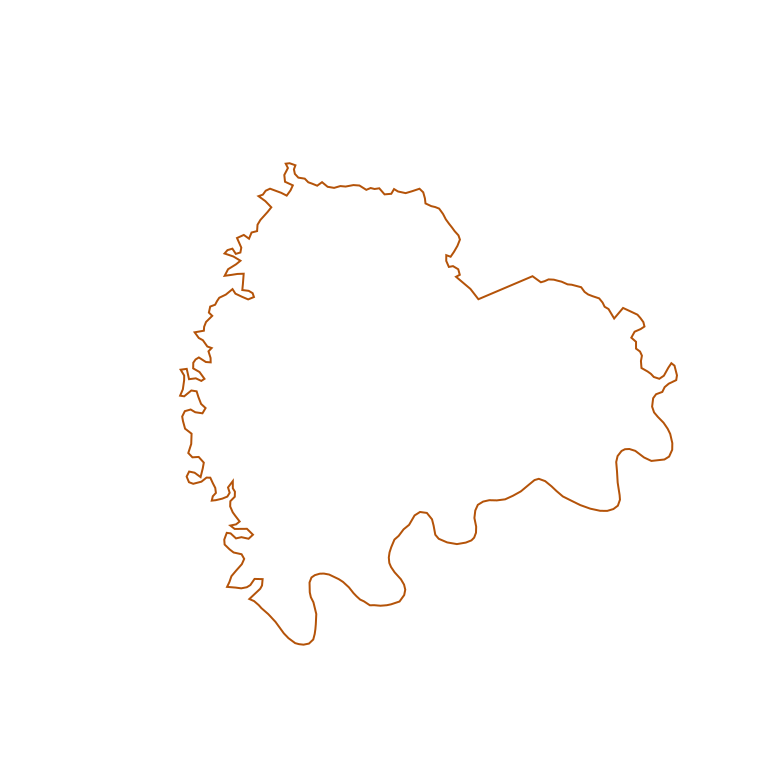 Quedas do Iguaçu, Paraná, Brazil, rotated 324°
{"feature_id": "56859067B83242561936103", "entity_name": "Quedas do Iguaçu", "entity_type": "district", "adm_level": 2, "iso_a3": "BRA", "parent_name": "Brazil", "parent_adm1": "Paraná", "projection": "mercator", "projection_center": [-52.976, -25.446], "detail": "fine", "context": "isolated", "style": "outline", "palette": "amber", "viewbox_px": 768, "rotation_deg": 324, "n_neighbors": 0, "source": "geoboundaries", "source_scale": "gbopen_adm2", "svg_char_len": 4606}
<svg xmlns="http://www.w3.org/2000/svg" viewBox="0 0 768 768"><g transform="rotate(324 384 384)"><path d="M227.9,252.9L227.3,259.7L224.5,263.5L218.1,270.1L212.2,273.6L215.1,276.5L224.3,276.0L228.1,279.8L226.2,285.4L224.3,292.6L225.5,298.6L219.9,301.0L214.7,295.9L212.6,291.0L206.9,288.9L201.6,291.7L199.6,295.8L196.8,303.2L199.1,311.1L192.8,319.2L185.1,324.8L185.9,330.7L191.2,334.1L192.0,341.7L187.8,345.7L180.9,351.5L178.6,344.4L174.9,340.3L169.9,342.9L168.5,348.8L171.0,352.6L178.9,355.7L185.4,355.4L188.4,357.7L187.2,363.7L186.4,368.9L184.0,373.3L179.5,374.2L176.1,377.1L179.6,379.1L185.8,381.7L191.1,383.0L195.2,381.3L197.0,376.0L204.6,373.7L200.4,379.5L200.1,383.5L197.0,387.5L190.8,388.5L187.6,392.6L186.2,398.9L186.2,403.1L186.4,410.4L181.8,410.6L176.5,408.2L178.0,413.5L188.0,420.6L189.4,428.9L183.5,429.6L178.6,424.1L173.5,421.9L172.1,414.7L169.3,412.0L163.3,416.0L160.7,420.2L161.9,427.1L163.3,431.9L168.7,438.0L168.1,443.3L163.1,446.2L154.5,448.1L147.6,449.8L142.6,453.3L137.8,455.9L144.2,461.4L148.4,465.4L153.6,467.8L157.7,468.1L164.7,465.6L171.1,470.5L166.9,475.3L163.5,476.9L148.7,478.8L151.3,483.3L152.7,489.3L153.1,493.4L155.1,502.1L156.4,512.7L156.4,526.8L157.3,533.4L159.8,541.4L162.3,544.5L165.7,547.6L170.7,549.9L176.6,549.1L181.0,545.5L184.4,542.0L187.6,538.3L194.0,530.3L198.6,519.1L199.5,513.5L201.5,508.9L207.1,500.8L211.6,497.9L215.7,498.0L220.5,499.7L223.9,502.0L227.6,505.9L232.7,515.3L234.5,520.0L236.1,527.9L236.4,535.2L237.0,539.6L238.0,544.4L240.0,548.0L242.5,554.7L246.2,557.3L250.8,561.3L256.2,564.6L260.2,566.4L268.7,569.1L276.3,566.6L280.3,562.9L282.3,558.1L282.9,551.9L281.9,542.5L282.1,536.3L283.1,531.9L285.9,527.2L289.5,523.5L293.9,520.3L301.0,516.0L306.6,515.5L314.4,513.1L321.5,512.7L331.5,508.3L337.9,508.7L342.9,513.5L343.3,521.7L340.9,527.7L336.9,536.1L337.3,541.4L342.0,549.3L348.9,556.4L357.0,560.4L362.8,561.9L366.6,561.3L371.0,558.4L374.7,553.6L378.4,545.5L383.5,540.0L388.9,536.9L395.1,537.4L400.9,539.9L406.9,544.5L414.2,548.5L422.6,550.2L431.6,551.3L442.3,550.6L449.3,550.2L453.5,551.7L457.3,557.3L459.4,565.3L460.6,571.8L462.6,580.1L466.8,588.2L471.6,597.3L477.6,606.1L484.4,613.7L490.1,617.9L496.1,620.0L501.7,619.9L506.9,616.3L509.3,612.4L513.3,604.6L515.1,601.1L521.3,591.4L526.0,583.6L530.6,579.6L536.8,577.8L540.6,578.4L544.3,580.8L548.0,585.8L551.2,596.3L555.1,603.4L566.5,609.9L572.0,610.3L578.5,606.6L582.5,601.3L586.2,592.6L587.2,586.9L587.4,579.6L586.2,571.5L585.8,565.7L587.6,559.9L593.4,553.7L598.1,552.2L604.5,554.0L609.2,551.5L614.5,551.1L622.7,552.6L626.1,549.2L629.8,539.9L628.7,536.1L623.7,537.9L615.3,541.8L609.8,541.6L606.4,536.9L605.9,532.7L604.6,528.8L601.7,522.4L605.4,516.4L609.3,512.7L610.2,508.2L608.7,503.5L612.7,498.0L611.3,491.9L617.5,489.0L623.9,490.4L628.5,490.6L630.2,486.4L630.2,481.3L629.8,476.9L624.9,468.0L622.1,463.0L608.7,466.3L609.7,455.3L607.9,451.2L608.7,446.6L608.4,441.2L604.4,435.6L601.8,431.6L600.4,427.4L600.4,421.6L594.2,414.0L591.1,411.3L587.8,405.6L585.2,402.5L582.7,399.4L578.6,396.1L574.3,395.2L570.7,393.9L567.5,384.1L510.2,370.9L509.8,357.9L505.3,339.6L509.5,340.2L511.5,334.8L509.1,329.2L505.3,327.4L506.7,321.0L510.1,316.4L512.7,320.2L518.3,318.2L524.6,315.4L530.3,311.8L531.6,307.5L531.0,301.9L531.0,297.6L530.8,292.6L530.8,287.1L531.7,281.1L531.7,274.5L529.4,270.9L526.8,267.9L523.7,262.3L526.2,257.9L528.4,252.0L527.5,246.9L519.9,244.5L513.7,242.3L508.5,236.5L506.7,232.2L501.7,234.4L495.9,230.9L495.2,222.9L491.0,220.7L488.4,217.6L483.8,216.5L480.8,209.0L476.2,205.1L469.0,201.7L465.0,198.2L458.9,196.0L454.3,191.3L452.5,184.3L446.5,184.3L443.5,179.5L441.3,176.3L440.6,171.3L436.0,166.7L435.4,161.6L437.3,157.4L440.9,155.0L437.4,149.9L434.0,148.0L433.2,152.8L426.2,156.3L422.8,162.2L427.0,169.7L422.2,172.4L416.0,174.4L413.2,168.9L406.6,159.0L401.9,158.1L397.3,159.6L392.9,158.3L395.5,166.3L396.7,174.8L390.9,176.4L380.5,178.6L375.3,180.8L371.2,185.7L365.9,183.6L360.2,187.1L358.2,181.0L350.9,179.5L348.7,189.8L345.1,193.2L340.6,191.6L340.9,185.4L336.1,183.7L331.7,184.7L337.1,192.3L340.3,199.9L334.6,200.2L325.3,199.5L318.7,202.8L324.8,206.1L330.1,208.8L335.3,212.3L328.5,220.3L324.6,224.7L329.3,229.1L331.1,233.3L329.9,237.2L323.8,235.7L320.4,230.0L316.9,223.6L317.2,218.2L308.6,218.7L301.4,217.4L297.6,218.8L294.0,220.6L288.9,219.2L284.3,223.3L285.1,227.9L276.5,229.2L272.1,232.0L269.6,235.0L261.2,230.9L261.2,237.9L263.2,242.1L263.1,249.8L265.7,253.6L261.2,254.4L259.0,261.0L256.5,264.6L252.8,261.5L249.8,253.7L246.0,253.4L242.2,254.7L238.8,259.2L241.8,265.9L241.8,274.3L238.0,274.1L235.1,268.8L229.1,265.5L233.3,255.8L227.9,252.9Z" fill="none" stroke="#b45309" stroke-width="2"/></g></svg>